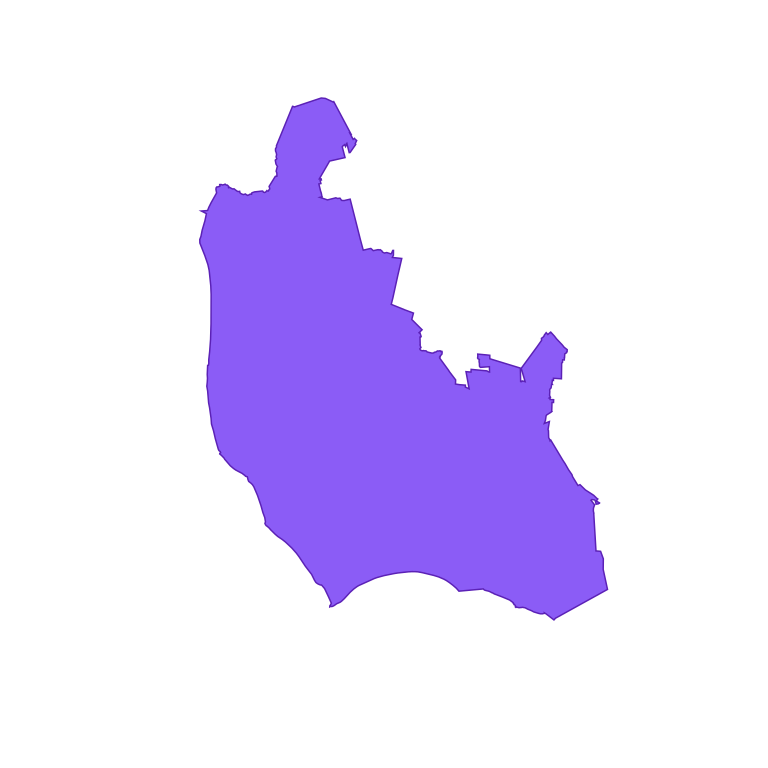 outline of Ahome, Sinaloa, Mexico, rotated 332°
{"feature_id": "50627088B63495042821208", "entity_name": "Ahome", "entity_type": "district", "adm_level": 2, "iso_a3": "MEX", "parent_name": "Mexico", "parent_adm1": "Sinaloa", "projection": "robinson", "projection_center": [-109.057, 25.923], "detail": "fine", "context": "isolated", "style": "filled", "palette": "violet", "viewbox_px": 768, "rotation_deg": 332, "n_neighbors": 0, "source": "geoboundaries", "source_scale": "gbopen_adm2", "svg_char_len": 6132}
<svg xmlns="http://www.w3.org/2000/svg" viewBox="0 0 768 768"><g transform="rotate(332 384 384)"><path d="M462.8,102.0L434.9,97.3L433.8,95.9L433.6,95.9L400.9,123.1L400.3,124.4L398.7,125.3L397.9,126.7L397.5,127.8L397.5,129.0L396.8,131.2L395.5,132.6L395.2,133.6L395.1,134.8L394.3,135.2L393.4,135.1L393.0,135.5L391.9,139.0L392.0,142.1L391.3,142.5L388.9,145.2L388.6,145.6L388.5,147.2L387.1,150.2L386.4,150.1L386.4,149.8L385.4,149.7L375.3,155.6L375.0,157.3L374.6,158.2L373.9,158.4L372.4,159.3L371.3,158.6L371.3,158.3L369.5,159.0L368.4,158.8L367.6,158.0L367.5,156.8L367.2,156.5L359.9,153.6L357.5,153.2L356.8,153.3L356.1,154.3L355.0,153.5L352.8,153.6L352.0,153.4L351.7,152.6L351.3,152.3L350.9,151.2L348.7,150.7L347.3,149.1L346.8,148.1L346.6,147.4L347.0,146.1L346.0,145.8L345.2,145.3L344.4,143.9L343.2,141.2L342.4,141.0L341.7,140.5L340.0,138.0L338.9,137.7L339.0,137.4L339.4,137.2L339.6,137.3L339.7,137.7L339.5,136.1L339.1,135.4L339.1,134.9L338.6,134.7L338.0,134.0L337.5,132.9L336.9,133.0L334.7,132.4L333.9,131.4L332.6,130.8L332.2,132.1L331.9,132.3L331.6,132.4L331.1,132.1L330.0,132.0L328.8,131.5L328.1,131.8L327.6,132.3L326.9,133.4L325.9,136.7L316.4,142.8L312.2,145.8L309.8,147.9L309.4,147.9L303.9,145.5L307.2,150.2L302.6,155.7L295.6,162.9L291.7,167.7L289.2,169.9L287.6,173.1L286.1,186.4L284.6,195.8L282.9,201.8L277.1,216.1L273.4,223.8L259.5,249.7L251.8,263.2L245.3,273.5L240.6,280.4L239.0,283.5L237.8,285.0L237.0,284.8L232.4,292.6L230.8,296.1L228.8,299.4L226.5,302.8L225.0,307.4L220.3,318.3L218.8,323.2L215.2,333.1L212.9,338.3L211.5,345.3L209.4,353.1L207.1,363.7L207.0,365.3L207.7,366.8L207.5,368.0L206.5,368.1L206.1,368.6L206.8,370.3L208.0,374.3L208.0,375.6L209.9,384.0L211.5,388.0L212.9,390.7L216.9,396.5L217.5,398.1L218.1,399.0L218.4,400.4L219.8,401.8L219.0,404.6L218.8,406.5L220.0,409.2L220.6,411.1L220.8,413.7L220.0,423.1L218.3,433.5L216.7,440.8L216.0,446.0L214.6,450.1L213.4,451.2L213.3,452.6L213.6,454.1L214.0,454.6L215.1,457.6L215.4,459.3L217.4,465.6L218.6,468.7L221.2,473.6L222.7,477.0L225.6,485.5L227.2,492.1L227.9,496.7L229.0,508.0L230.7,518.1L230.5,524.7L230.7,527.2L231.1,528.2L232.0,529.8L233.5,531.6L234.5,532.2L235.5,536.7L235.1,545.9L234.6,552.8L232.9,554.1L232.5,554.1L232.0,554.5L231.5,555.3L232.3,555.3L233.5,556.0L234.4,556.2L236.2,556.2L239.1,555.8L242.7,556.1L244.4,555.9L248.1,554.9L256.3,552.0L261.0,550.8L265.0,550.2L267.1,550.1L284.1,551.2L286.9,551.6L294.1,553.2L303.9,556.1L307.4,557.3L317.4,561.3L320.6,562.8L323.7,564.5L325.8,565.8L329.3,568.6L338.0,576.3L341.6,579.9L345.3,584.5L346.8,586.8L348.5,590.0L350.3,593.9L352.0,598.3L352.9,602.1L375.5,611.6L375.8,612.8L376.4,613.6L379.2,616.1L380.5,617.7L381.0,618.7L381.6,619.1L382.8,621.1L388.5,627.6L393.5,633.7L395.3,637.5L395.4,638.0L395.2,638.3L395.3,638.4L395.3,639.7L395.5,639.7L395.9,641.1L395.9,641.9L395.5,642.1L395.3,642.6L395.6,643.2L396.1,643.1L398.2,644.9L400.5,645.9L401.3,646.1L403.6,647.9L405.2,650.3L407.8,653.4L409.2,655.5L412.8,659.1L414.2,660.3L415.8,661.2L417.2,661.6L417.8,661.8L418.1,661.7L418.2,661.4L419.2,663.1L423.3,672.1L425.5,671.3L484.9,670.3L490.5,650.6L495.6,641.3L496.7,633.4L492.8,630.9L508.4,596.8L508.6,596.7L509.2,594.5L510.3,592.5L510.9,591.7L513.2,589.6L512.2,583.8L513.3,583.6L515.4,585.1L515.6,585.4L515.7,586.1L514.9,589.7L516.8,590.4L518.1,590.3L518.8,590.7L516.5,587.0L518.8,585.9L518.2,584.8L516.9,580.7L512.1,572.1L509.8,564.9L507.6,564.7L507.0,554.4L507.4,552.3L506.7,546.3L506.5,539.4L506.1,535.1L504.9,511.8L504.0,512.1L504.2,511.0L504.2,508.7L507.3,502.4L507.4,501.5L507.7,500.9L512.4,494.8L507.0,494.1L509.5,491.9L512.1,488.3L513.0,487.7L518.3,487.3L519.5,487.0L519.4,486.4L519.7,486.1L523.7,479.1L525.0,479.9L526.4,477.5L523.4,475.7L523.5,475.2L523.9,474.6L524.4,474.2L524.2,474.1L523.5,474.3L523.2,473.9L524.7,473.6L524.8,472.3L524.9,471.7L526.9,468.4L527.5,467.0L528.1,466.4L529.1,466.2L529.9,465.6L531.9,462.9L532.5,463.3L532.5,462.6L533.0,461.6L533.4,461.3L534.4,459.7L535.3,460.4L536.3,458.5L543.1,462.7L550.7,448.9L551.7,448.8L553.1,446.5L554.5,447.4L555.6,445.4L555.8,445.5L557.7,442.3L559.8,442.1L560.3,441.4L560.8,441.5L561.9,439.7L560.3,436.1L559.8,433.3L557.5,425.0L557.0,421.9L555.7,416.9L555.4,417.0L555.3,416.4L551.9,417.2L551.3,414.8L548.3,416.2L547.8,416.8L546.5,417.3L544.5,417.6L544.3,417.8L543.7,419.4L536.8,422.9L512.5,434.6L509.7,448.2L507.7,446.3L507.4,446.2L507.2,446.5L506.6,446.2L506.3,446.4L505.8,446.0L511.7,434.3L512.0,434.1L489.3,411.4L490.9,408.3L488.1,406.4L480.8,401.6L479.9,403.5L478.8,405.0L478.9,406.0L479.7,407.1L479.0,407.9L478.4,409.0L477.9,410.6L476.7,413.0L476.6,413.6L477.0,414.6L485.2,418.2L482.8,423.0L481.9,422.2L481.0,420.7L467.8,412.0L466.4,414.3L462.2,411.6L456.9,428.2L454.4,424.9L455.3,423.2L450.3,420.0L447.1,417.6L449.2,414.0L447.5,403.6L447.5,402.6L445.3,387.0L446.4,386.5L446.2,385.9L449.2,384.8L450.4,383.0L450.4,382.2L449.4,382.0L449.3,381.2L448.8,380.9L447.6,380.5L446.7,379.9L444.7,380.1L443.3,379.6L442.6,379.9L440.9,379.3L437.1,375.9L436.9,374.8L436.4,374.3L435.2,373.6L434.6,373.0L434.0,373.0L432.8,372.1L432.2,371.3L432.1,370.6L432.1,369.8L433.4,369.2L433.7,369.2L434.1,366.4L434.4,366.3L437.8,359.5L438.3,359.8L438.9,359.7L439.1,359.5L439.8,355.6L439.2,355.6L439.0,355.2L443.1,354.0L438.8,340.1L443.3,335.2L437.0,328.1L427.8,317.1L432.2,312.2L447.0,294.8L458.6,281.5L450.8,276.2L452.8,274.7L455.1,270.5L454.6,270.2L454.3,270.3L451.8,272.3L451.2,272.3L448.1,269.2L445.9,268.6L444.6,266.8L444.6,265.5L443.7,263.6L442.6,263.3L441.9,262.6L437.1,261.2L436.1,258.3L435.7,258.0L428.5,256.1L431.0,245.2L434.7,230.2L440.9,204.9L434.9,203.3L432.9,202.1L432.7,201.8L432.4,199.3L431.8,199.0L430.1,198.4L428.9,197.0L420.5,194.9L415.0,189.1L417.3,189.6L417.4,188.7L418.0,186.9L418.5,184.9L418.4,184.6L420.4,176.8L422.4,177.4L423.2,174.2L424.5,174.5L424.8,173.3L423.2,172.5L439.6,162.3L440.5,161.6L455.9,165.8L458.5,155.0L459.5,154.5L461.6,154.2L461.5,156.3L463.0,155.1L463.8,154.1L464.2,154.0L461.9,163.4L462.7,163.7L471.5,159.2L471.5,158.2L474.2,156.2L473.3,153.9L473.3,153.3L471.6,153.6L471.6,151.0L471.5,150.8L471.6,150.7L471.6,146.8L472.2,147.5L472.2,111.2L471.7,111.4L466.3,104.3L462.8,102.0Z" fill="#8b5cf6" stroke="#5b21b6" stroke-width="1.5"/></g></svg>